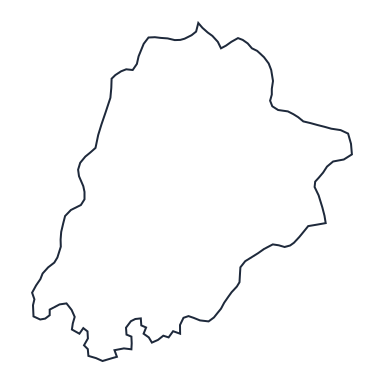 Restinga, São Paulo, Brazil
{"feature_id": "56859067B58378692566136", "entity_name": "Restinga", "entity_type": "district", "adm_level": 2, "iso_a3": "BRA", "parent_name": "Brazil", "parent_adm1": "São Paulo", "projection": "natural_earth1", "projection_center": [-47.509, -20.648], "detail": "fine", "context": "isolated", "style": "outline", "palette": "slate", "viewbox_px": 384, "rotation_deg": 0, "n_neighbors": 0, "source": "geoboundaries", "source_scale": "gbopen_adm2", "svg_char_len": 2023}
<svg xmlns="http://www.w3.org/2000/svg" viewBox="0 0 384 384"><path d="M180.1,333.7L180.0,325.0L183.5,317.8L188.5,316.1L193.5,317.8L200.0,320.4L208.6,321.4L213.9,317.5L217.5,313.0L221.0,308.7L224.2,302.7L228.5,296.5L231.6,292.2L236.9,286.5L239.5,282.2L240.0,273.5L240.4,267.3L245.2,261.2L257.9,253.3L264.0,249.0L272.8,244.4L278.8,245.3L284.5,247.0L290.1,245.5L293.9,242.8L299.3,237.0L303.5,231.9L308.2,226.1L317.2,224.6L325.7,223.1L324.5,215.8L322.4,207.6L318.6,195.3L314.6,187.0L315.2,181.6L318.6,177.9L323.1,172.6L327.0,166.6L333.1,161.5L338.9,160.4L343.8,159.5L351.9,154.4L351.0,143.8L348.1,133.6L340.6,130.1L331.3,128.7L324.5,126.8L317.4,125.0L310.5,123.1L303.3,121.4L298.2,117.2L293.4,114.2L287.9,111.4L278.1,110.0L272.3,106.3L270.1,100.7L271.8,94.6L271.8,88.9L273.0,81.0L271.2,70.0L268.7,63.5L264.0,57.2L257.2,50.9L251.9,48.3L247.7,43.4L242.7,39.9L238.0,38.1L231.4,41.8L225.9,45.7L221.0,48.3L217.8,41.8L212.4,35.9L207.7,32.5L202.4,27.8L198.3,23.0L196.1,31.6L191.6,35.2L184.6,38.7L180.3,39.9L174.8,40.1L167.6,38.4L160.7,37.9L154.9,37.2L148.5,37.5L143.7,43.8L138.6,56.3L136.9,63.9L132.7,70.0L126.2,69.3L121.1,71.3L115.4,75.0L111.6,78.7L111.3,87.8L110.4,97.8L105.6,112.3L101.5,124.3L98.2,135.0L95.5,147.9L90.2,152.6L85.3,156.6L80.2,162.8L78.1,169.7L79.0,176.2L83.3,186.2L84.5,191.9L84.5,199.3L80.9,205.0L76.1,207.4L70.9,210.0L65.1,216.0L63.2,223.4L61.2,231.9L60.6,239.6L60.8,246.7L57.4,257.5L54.3,262.6L48.2,267.3L42.6,273.5L40.4,279.1L36.1,285.4L32.1,292.7L34.4,299.3L33.0,305.2L33.5,316.4L40.2,319.5L45.2,318.6L49.7,315.2L49.7,309.6L59.6,304.4L66.5,303.4L71.6,309.9L74.7,316.9L72.8,323.4L71.9,329.5L79.4,333.7L83.3,328.1L87.5,331.4L87.9,338.5L84.0,345.3L87.8,349.1L88.4,355.9L96.0,358.1L102.5,361.0L112.3,358.1L116.9,356.8L114.5,350.2L123.9,348.4L131.4,349.3L131.7,343.3L131.4,336.6L126.5,334.6L126.0,327.7L130.9,321.2L135.3,319.0L140.8,318.4L141.3,325.4L146.1,327.5L143.6,333.7L148.8,337.4L151.9,342.6L158.0,339.9L163.3,335.7L168.6,337.4L173.1,331.2L180.1,333.7Z" fill="none" stroke="#1e293b" stroke-width="2"/></svg>